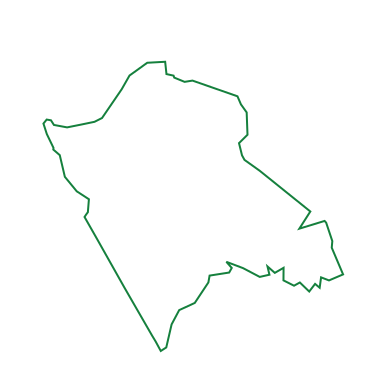 Asan, Guam, rotated 338°
{"feature_id": "77769853B60030225466541", "entity_name": "Asan", "entity_type": "district", "adm_level": 2, "iso_a3": "GUM", "parent_name": "Guam", "parent_adm1": "", "projection": "robinson", "projection_center": [144.726, 13.457], "detail": "fine", "context": "isolated", "style": "outline", "palette": "green", "viewbox_px": 384, "rotation_deg": 338, "n_neighbors": 0, "source": "geoboundaries", "source_scale": "gbopen_adm2", "svg_char_len": 1004}
<svg xmlns="http://www.w3.org/2000/svg" viewBox="0 0 384 384"><g transform="rotate(338 192 192)"><path d="M198.9,55.4L177.7,60.6L167.7,68.5L165.3,70.4L136.3,89.7L127.9,90.4L114.7,88.0L100.4,85.3L89.1,78.1L88.1,72.7L84.4,70.4L79.9,72.9L79.1,83.9L80.1,99.2L79.3,100.7L83.2,108.3L79.8,130.3L85.4,148.2L93.7,160.1L87.9,171.7L85.3,173.3L83.0,174.9L86.4,200.3L93.6,255.8L95.8,271.6L101.2,310.2L102.3,317.1L103.5,327.7L109.9,326.5L123.5,307.1L135.9,296.7L153.0,295.9L173.3,282.0L177.0,276.1L196.3,280.6L200.4,277.3L197.7,269.6L210.8,281.7L223.0,296.1L232.8,297.7L234.1,289.3L238.5,298.0L248.5,296.6L243.7,308.2L251.5,317.1L258.1,316.3L263.4,328.2L271.7,323.3L274.5,328.6L279.7,319.5L285.9,325.3L301.2,325.0L300.7,296.0L303.7,290.1L304.9,270.7L304.1,268.5L277.8,266.2L294.4,254.4L262.8,197.8L252.7,181.9L252.1,176.7L253.9,164.3L264.9,159.7L272.5,138.7L270.2,129.1L270.0,120.3L234.2,88.9L226.4,87.1L218.4,79.3L218.5,77.2L212.5,73.1L215.9,61.2L198.9,55.4Z" fill="none" stroke="#15803d" stroke-width="2"/></g></svg>